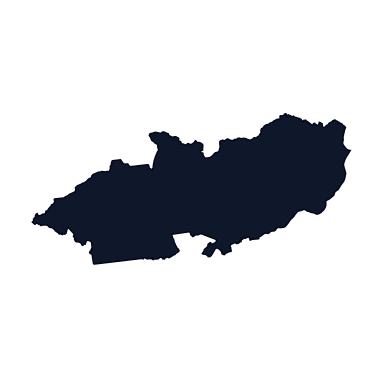 Carlos Julio Arosemena Tola, Napo, Ecuador, rotated 173°
{"feature_id": "8360857B58627909026885", "entity_name": "Carlos Julio Arosemena Tola", "entity_type": "district", "adm_level": 2, "iso_a3": "ECU", "parent_name": "Ecuador", "parent_adm1": "Napo", "projection": "mercator", "projection_center": [-77.909, -1.166], "detail": "fine", "context": "isolated", "style": "filled", "palette": "ink", "viewbox_px": 384, "rotation_deg": 173, "n_neighbors": 0, "source": "geoboundaries", "source_scale": "gbopen_adm2", "svg_char_len": 6067}
<svg xmlns="http://www.w3.org/2000/svg" viewBox="0 0 384 384"><g transform="rotate(173 192 192)"><path d="M31.8,237.4L33.0,239.0L34.1,239.7L34.8,241.1L36.4,242.2L37.5,242.0L37.6,243.4L38.9,243.8L39.4,244.6L39.8,244.6L40.7,245.5L41.1,245.5L41.4,246.1L43.7,245.5L44.6,244.6L47.1,243.8L49.3,241.7L49.8,241.5L50.5,241.7L51.2,240.6L52.5,239.9L54.1,240.2L54.6,240.8L54.5,242.3L54.8,243.1L54.5,243.8L56.9,245.6L57.1,245.6L58.2,242.9L60.1,243.1L60.3,243.5L61.2,244.1L61.9,245.3L63.1,245.0L64.3,243.2L68.5,247.5L69.9,248.6L70.4,249.4L72.5,249.4L73.2,248.2L73.7,248.0L75.0,250.8L76.2,251.7L81.3,253.9L82.0,254.9L83.2,254.5L83.9,254.6L84.5,255.3L87.1,256.8L88.4,256.2L88.7,256.4L89.2,258.1L89.5,258.3L90.7,258.0L91.2,257.2L93.0,256.4L95.0,256.9L95.5,256.2L95.5,254.2L95.9,253.6L97.5,253.8L98.8,253.7L102.7,252.2L103.4,251.4L106.4,250.8L107.7,249.7L109.7,249.7L111.1,249.2L112.5,248.3L113.5,247.0L115.4,246.2L116.2,244.3L115.9,242.9L119.0,239.1L120.2,238.9L121.4,237.9L122.3,237.9L123.5,238.4L124.2,238.1L125.2,237.2L127.8,236.3L130.6,237.3L131.8,238.4L134.2,239.0L136.8,238.9L138.9,239.8L140.3,239.6L141.0,238.9L141.5,238.7L143.2,239.0L144.8,238.1L147.2,238.4L150.2,240.4L152.9,239.2L153.3,238.8L153.8,238.8L155.2,239.7L157.5,239.2L158.1,238.8L158.5,237.0L158.5,233.3L160.5,228.6L164.4,227.9L167.8,225.0L170.2,223.9L174.4,223.9L175.1,224.3L176.3,226.6L176.6,227.4L176.4,228.8L176.6,229.3L178.3,229.8L178.8,230.8L178.7,231.3L177.9,231.8L176.3,232.4L176.3,233.9L175.7,235.9L175.7,237.9L177.4,239.5L179.0,240.3L180.6,240.3L181.1,240.6L181.7,241.9L182.3,242.4L182.9,242.0L183.6,240.9L186.7,239.2L188.2,239.5L190.0,240.6L190.9,240.3L191.7,239.4L193.0,239.5L195.0,240.7L196.6,240.9L197.2,243.4L199.4,244.7L199.4,245.0L198.6,246.5L198.7,246.9L200.8,248.5L201.8,248.9L203.3,248.9L204.7,248.6L208.3,251.0L208.4,252.5L208.6,252.8L209.9,253.3L212.1,254.7L213.7,255.2L215.8,253.9L220.9,255.7L222.6,255.6L224.1,255.0L226.0,255.1L226.6,254.9L227.5,253.2L226.4,251.4L225.6,248.1L223.7,246.6L222.9,245.3L220.9,243.9L220.5,243.2L220.3,242.6L220.4,239.7L219.9,238.1L220.2,237.2L221.1,236.3L223.3,232.6L225.6,227.9L227.0,223.6L227.5,220.9L228.3,219.9L228.8,218.6L231.3,220.8L231.7,221.8L231.7,223.6L232.5,224.5L250.3,224.6L251.7,226.1L252.0,227.2L252.5,227.7L255.4,227.8L256.2,228.2L257.4,229.5L259.0,232.7L267.3,232.7L268.4,230.7L268.6,229.1L268.4,228.5L269.3,228.2L270.0,227.2L270.0,225.4L271.8,221.9L273.4,222.8L275.4,222.4L275.9,222.7L276.9,222.7L279.1,223.4L280.5,222.8L281.9,223.1L287.0,221.7L288.1,221.3L289.4,220.2L289.8,218.9L290.3,218.3L293.3,217.4L294.4,216.2L296.0,215.1L298.3,214.1L299.9,213.9L300.9,213.2L304.8,212.2L306.2,211.3L307.2,210.3L307.0,209.0L307.8,206.5L314.1,204.5L315.9,203.3L318.2,202.7L319.7,201.7L329.3,201.8L329.7,201.1L329.3,199.5L330.4,197.5L331.5,196.6L333.0,196.4L333.3,195.4L336.3,192.8L337.6,191.1L339.3,190.7L340.3,188.3L340.8,188.1L343.3,188.1L344.3,187.3L346.8,186.9L347.6,187.5L348.3,189.4L349.2,189.1L350.2,187.9L349.9,186.1L351.1,186.0L352.7,184.1L352.3,182.9L354.1,181.6L352.1,179.3L351.7,179.1L350.5,179.9L349.6,180.0L348.2,178.8L347.3,178.6L346.2,177.2L345.2,177.2L343.6,177.7L343.0,177.2L341.0,177.3L339.8,176.5L339.1,176.5L337.9,174.5L334.9,173.5L333.6,172.1L332.9,172.3L332.5,170.1L331.6,169.8L331.0,168.9L330.2,168.3L329.5,168.5L329.4,167.1L328.8,166.9L328.4,166.4L327.6,166.7L326.4,165.9L325.8,166.5L325.5,165.7L324.9,166.2L323.7,165.7L322.2,166.2L320.8,169.8L319.5,172.2L314.6,165.5L313.9,164.1L315.0,162.7L315.0,162.2L314.0,160.7L314.3,159.0L313.5,157.2L312.2,156.5L310.7,156.4L309.5,155.7L309.0,155.7L308.0,154.1L307.6,152.8L307.2,152.4L305.0,153.5L304.4,153.3L304.1,154.1L303.4,155.0L303.3,156.3L303.1,156.6L302.4,156.4L301.9,156.8L300.7,156.7L298.1,155.1L297.9,154.7L297.8,149.2L298.5,148.3L298.1,147.3L299.1,147.0L298.9,145.7L300.1,145.8L301.0,144.5L300.6,143.5L299.2,142.7L298.7,141.9L298.5,133.3L298.2,132.6L297.7,132.4L248.7,132.2L248.9,131.9L248.7,131.6L247.9,132.5L246.9,132.6L245.9,131.8L245.1,131.9L244.6,131.0L243.6,131.2L242.0,131.1L241.5,130.8L239.7,131.1L239.2,131.4L239.0,131.0L239.5,130.2L238.7,129.6L238.0,130.2L235.5,129.8L234.7,130.5L234.2,129.9L233.4,129.9L232.7,130.6L231.7,131.1L230.5,130.9L229.3,130.2L229.0,129.8L229.1,129.3L227.9,128.9L227.3,129.1L227.0,130.0L226.1,130.0L224.8,130.7L222.8,129.6L219.6,130.9L218.8,131.7L217.7,131.7L216.3,132.3L215.7,132.8L215.4,133.3L213.6,133.9L212.0,135.2L212.6,137.0L213.9,138.4L214.2,139.9L214.9,140.7L215.0,142.0L215.7,143.8L216.1,147.2L216.8,148.2L216.9,149.8L217.4,151.3L217.4,152.5L199.4,152.9L198.3,151.1L198.4,149.9L196.7,147.7L195.8,147.9L193.7,149.1L190.9,148.8L189.8,149.3L188.1,149.6L173.3,141.7L174.2,139.5L175.1,138.7L178.8,137.7L179.5,137.7L179.6,139.2L180.1,139.5L182.3,138.3L183.1,135.8L186.7,133.4L187.3,131.9L189.3,129.6L189.0,129.3L185.7,128.2L184.3,127.1L183.8,125.9L182.0,125.7L180.8,126.6L179.4,128.1L176.0,132.8L175.0,133.3L174.0,133.4L172.2,132.3L170.5,130.2L169.7,128.8L169.8,127.3L169.4,126.8L168.0,126.0L167.5,125.9L166.0,127.0L164.6,127.7L163.9,127.7L163.4,128.1L162.1,128.2L161.5,128.4L160.8,128.3L160.2,128.6L160.6,131.0L160.3,131.6L161.0,133.3L160.1,135.1L156.3,136.4L155.0,136.3L154.1,135.4L153.6,135.4L153.2,136.0L152.5,135.4L151.1,136.2L150.7,137.5L150.3,137.5L149.6,136.7L149.4,136.8L148.6,139.7L147.5,139.0L147.3,139.5L146.4,140.1L144.7,139.6L142.6,140.4L141.0,140.4L140.6,140.2L140.1,137.2L138.1,137.7L131.8,137.5L131.5,137.6L131.1,139.2L129.6,139.7L124.9,142.2L123.5,142.2L121.6,141.6L120.2,142.2L118.9,143.3L117.7,143.5L115.1,143.4L114.1,143.9L112.4,145.7L111.2,146.4L107.4,145.8L104.8,146.0L103.8,146.3L101.0,148.9L97.6,152.7L94.5,154.9L92.2,157.5L89.3,160.1L85.8,160.4L82.7,161.3L79.8,159.0L77.6,158.2L76.6,157.4L73.6,156.5L70.8,154.8L69.0,155.0L67.6,155.5L66.2,156.2L63.2,158.5L61.6,160.7L60.7,163.0L60.4,166.6L59.8,167.2L56.6,168.4L51.8,171.4L50.2,174.7L48.7,175.7L47.1,176.4L46.2,177.2L43.8,180.4L40.3,184.1L38.9,186.6L37.2,191.8L38.3,199.1L38.3,201.5L35.8,206.5L29.9,213.9L31.8,214.4L33.6,215.9L36.0,219.8L36.5,221.1L36.5,223.0L35.7,224.8L35.4,228.4L33.0,235.1L31.8,237.4Z" fill="#0f172a" stroke="#020617" stroke-width="1.5"/></g></svg>